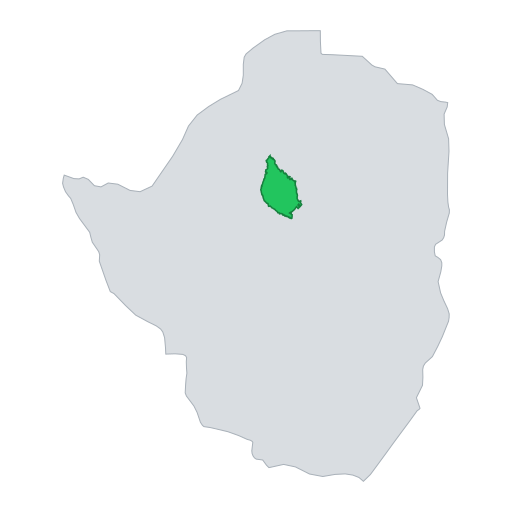 location of Sanyati, Mashonaland West, Zimbabwe
{"feature_id": "62879985B67434637878842", "entity_name": "Sanyati", "entity_type": "district", "adm_level": 2, "iso_a3": "ZWE", "parent_name": "Zimbabwe", "parent_adm1": "Mashonaland West", "projection": "equal_earth", "projection_center": [29.641, -17.974], "detail": "fine", "context": "in_parent", "style": "filled", "palette": "green", "viewbox_px": 512, "rotation_deg": 0, "n_neighbors": 0, "source": "geoboundaries", "source_scale": "gbopen_adm2", "svg_char_len": 7309}
<svg xmlns="http://www.w3.org/2000/svg" viewBox="0 0 512 512"><path d="M363.4,481.3L359.0,477.5L352.9,475.1L345.2,473.9L335.1,474.4L322.8,476.5L309.5,474.0L295.4,466.9L283.6,464.4L269.6,467.5L268.9,467.6L266.5,465.2L262.7,460.0L256.2,459.1L254.5,457.9L253.1,456.0L252.1,453.5L251.8,450.8L252.8,442.3L252.2,441.4L250.5,440.3L247.0,439.3L238.5,435.5L227.9,431.7L210.6,427.6L203.9,426.6L202.4,425.3L200.4,422.2L197.1,412.4L193.9,406.0L186.4,396.0L185.2,392.9L185.6,385.0L186.1,378.6L186.9,373.2L186.5,368.1L186.3,361.8L186.6,357.5L185.5,355.7L182.8,354.4L175.1,353.8L165.8,354.1L165.5,347.7L164.6,337.7L162.8,332.0L160.6,329.0L156.3,325.9L147.6,321.6L135.8,315.2L125.6,305.6L114.0,293.6L110.3,291.6L106.0,280.4L99.3,261.2L99.7,254.8L98.7,251.6L92.3,242.2L90.9,237.3L89.7,232.3L79.5,218.5L76.0,212.4L73.3,204.6L70.7,198.4L68.5,195.9L65.5,191.7L63.5,186.9L62.6,183.3L63.3,178.4L64.2,175.1L73.9,178.6L79.1,178.9L83.2,177.2L88.3,179.4L94.4,185.7L101.0,186.9L108.2,183.0L117.8,184.2L130.0,190.4L140.1,191.7L152.1,186.1L162.7,170.7L172.7,156.2L182.5,139.5L188.5,126.0L197.2,115.0L208.7,106.5L220.5,99.3L238.5,90.5L242.1,83.3L243.3,75.3L243.3,64.3L244.2,57.2L246.1,53.9L249.1,51.4L253.0,48.1L264.8,39.7L274.8,34.3L287.0,30.8L300.2,30.8L313.1,30.7L320.3,30.7L320.4,41.3L321.0,53.3L322.4,54.4L332.0,54.7L347.5,55.5L362.3,56.3L371.8,65.0L375.0,66.8L384.9,69.1L397.4,83.6L412.6,84.9L423.0,89.4L432.2,94.4L437.4,100.3L440.8,101.6L445.5,102.1L447.7,102.6L447.2,106.9L444.1,114.1L444.4,124.5L448.6,138.8L449.0,151.3L447.6,173.2L447.5,194.5L447.9,202.1L448.6,207.1L449.4,209.8L449.3,213.0L446.7,221.9L444.6,231.2L444.5,235.0L443.7,237.6L442.2,240.0L435.6,244.3L434.4,246.9L434.4,251.8L435.2,255.8L437.7,257.3L440.6,259.6L441.8,262.7L441.8,265.9L440.8,271.8L438.1,281.6L440.6,292.9L443.6,300.2L447.6,308.7L449.2,313.9L449.1,317.7L448.5,321.3L442.3,336.7L437.8,346.3L432.4,356.6L425.3,363.0L423.4,366.1L422.7,369.6L422.9,377.3L422.5,385.3L416.4,397.7L420.0,408.3L419.2,409.3L417.1,410.8L408.4,422.8L399.5,434.8L393.0,443.6L385.7,453.7L377.5,464.9L370.4,474.5L363.4,481.3Z" fill="#d9dde1" stroke="#a8b0b8" stroke-width="1"/><path d="M295.6,181.1L294.9,180.9L294.6,180.9L294.5,181.1L294.0,181.0L293.0,180.1L292.7,180.0L292.3,179.8L292.2,179.6L292.1,179.3L292.2,179.0L292.1,178.8L292.0,178.3L291.9,178.2L291.5,178.6L291.1,179.2L290.5,179.4L290.2,179.5L289.8,179.5L289.7,179.2L289.8,178.8L290.0,178.4L290.0,178.2L289.9,178.1L289.7,177.7L289.7,177.4L290.0,176.7L289.8,176.6L289.6,176.8L289.2,176.8L289.1,176.7L288.8,176.5L288.6,176.8L288.3,177.8L288.0,178.1L287.4,177.4L287.4,176.3L287.1,175.2L286.9,174.9L286.5,174.6L286.3,174.4L286.3,173.9L286.2,173.8L285.7,173.5L285.5,173.1L285.4,173.1L285.2,173.2L285.1,173.6L285.0,173.8L284.4,173.6L284.0,173.4L283.9,173.0L283.7,172.5L283.5,172.3L283.5,172.1L283.1,171.4L283.0,171.1L282.9,170.7L282.5,170.6L282.3,170.6L282.1,170.5L282.0,170.3L281.9,170.1L281.7,170.1L281.5,170.3L281.3,171.0L281.0,171.7L280.9,171.8L280.5,171.4L280.4,170.9L279.9,170.7L279.9,170.4L279.8,170.1L279.7,169.9L279.6,169.7L279.1,169.2L278.4,169.2L278.2,168.7L277.9,168.5L277.8,168.2L277.7,167.9L277.8,167.5L277.6,167.1L277.4,166.9L276.9,166.9L276.7,166.8L276.6,166.6L276.5,166.4L276.8,165.9L276.8,165.7L276.7,165.4L276.4,165.3L276.3,164.9L276.2,164.8L275.5,164.8L275.4,164.6L275.2,164.0L274.8,163.6L274.7,163.0L274.9,162.6L274.8,162.0L274.8,161.9L274.8,161.7L275.0,161.4L275.1,161.2L274.8,160.6L274.4,160.0L274.1,159.7L273.8,159.6L273.4,159.6L273.1,159.4L273.1,159.0L273.4,158.8L273.4,158.7L273.2,158.4L272.9,158.2L272.6,158.5L272.3,158.6L272.0,158.5L272.0,158.3L272.1,158.1L271.9,157.9L271.7,157.7L271.6,157.9L271.1,157.5L270.8,157.7L270.7,157.5L270.6,157.4L270.7,157.2L270.5,156.9L270.3,156.4L270.0,155.9L270.0,155.7L269.7,156.0L269.4,156.4L268.9,156.7L268.9,156.9L269.0,157.3L268.9,157.6L267.8,158.9L267.2,160.0L266.7,160.1L266.3,160.4L266.2,160.6L266.3,161.0L266.6,162.1L266.9,162.1L267.0,162.1L267.2,162.4L267.4,162.9L267.7,163.3L267.5,163.9L267.6,164.8L267.5,165.1L267.8,165.4L267.9,165.6L267.9,165.9L267.8,166.1L267.3,166.5L267.4,167.2L267.5,167.5L267.8,167.9L267.8,168.1L267.2,169.1L266.9,169.3L265.8,169.9L265.7,170.1L265.9,171.0L265.5,171.5L265.6,172.1L265.9,172.5L266.1,172.5L266.5,172.3L266.9,172.5L267.0,172.9L266.9,173.2L266.7,173.6L266.5,173.8L266.4,173.9L265.6,174.0L265.4,174.1L265.1,174.6L265.1,175.3L264.7,178.3L264.6,178.5L263.9,179.0L263.8,179.3L263.9,179.6L263.9,180.1L263.7,180.6L263.5,180.8L263.4,181.3L263.1,181.8L262.9,182.2L262.9,182.4L262.8,182.9L262.5,184.1L262.1,184.8L261.6,185.5L261.7,185.8L262.0,186.0L261.9,186.5L261.7,186.5L261.2,187.0L261.2,187.3L261.3,187.6L261.4,188.4L261.0,188.8L260.8,189.4L260.8,189.9L260.9,190.3L261.2,190.9L261.2,191.6L261.4,192.5L261.7,193.5L261.7,193.9L261.9,194.3L261.9,194.8L262.1,195.0L262.5,195.1L262.7,195.3L262.8,195.6L262.8,196.2L263.2,196.8L263.2,197.1L263.1,197.3L263.1,197.5L263.5,198.7L263.7,199.0L263.9,199.6L264.0,199.9L264.1,200.2L264.1,200.5L264.3,200.8L264.8,201.1L265.1,201.5L265.3,201.5L265.7,202.0L266.5,203.0L266.8,203.2L267.5,203.3L267.9,203.4L268.0,203.5L267.9,204.0L268.3,204.9L268.5,206.2L268.6,206.3L268.8,206.4L269.4,206.3L269.8,206.1L270.2,206.0L270.8,206.7L271.2,206.9L271.7,207.5L271.8,207.8L272.6,208.0L273.3,208.6L273.6,208.8L273.8,208.9L274.1,208.9L274.6,209.3L274.8,209.3L275.0,209.5L275.5,210.3L277.2,211.5L277.4,211.8L277.6,212.5L277.9,212.8L278.2,212.7L278.4,212.8L278.9,212.6L279.1,212.7L279.3,212.9L279.4,213.6L279.6,213.6L279.8,213.9L280.1,213.7L280.3,213.7L280.5,213.5L280.8,213.5L281.1,213.5L281.4,213.7L281.7,213.7L281.8,213.7L281.9,213.8L282.3,213.9L282.3,214.0L282.4,214.3L282.5,214.4L282.5,214.7L282.6,214.8L282.8,214.5L283.3,214.5L283.6,214.6L283.6,215.2L284.3,215.2L284.4,215.3L284.6,215.3L284.6,215.8L284.9,216.1L285.0,216.1L285.0,215.8L285.9,215.8L286.0,215.9L286.0,216.1L286.1,216.3L286.3,216.5L286.5,216.4L286.7,216.2L287.0,216.2L287.1,216.3L287.3,216.4L287.4,216.5L288.5,216.8L288.6,217.0L288.5,217.3L288.8,217.4L288.9,217.2L289.1,217.2L289.3,217.7L289.6,217.6L289.8,218.0L290.0,218.2L290.3,218.2L290.4,217.9L290.5,218.0L291.1,218.3L291.2,218.5L291.4,218.5L291.5,218.3L291.9,218.2L291.9,217.4L292.1,217.0L292.1,216.7L292.1,215.1L292.2,214.8L289.5,213.0L289.8,212.7L290.0,212.6L290.4,212.5L290.5,212.5L290.7,212.3L290.9,212.3L291.0,212.4L291.1,212.2L291.2,212.3L291.2,212.2L291.4,212.2L292.3,211.4L294.6,209.4L295.7,207.7L296.5,206.7L298.1,208.5L299.5,207.1L298.0,205.0L298.8,204.0L300.4,206.2L301.7,204.6L300.2,202.1L300.3,201.9L300.8,201.4L300.7,200.8L300.4,200.9L298.8,201.4L298.5,201.3L298.3,200.9L298.0,200.1L297.8,200.1L297.7,200.0L297.6,199.5L297.3,198.9L297.1,198.5L297.1,198.0L297.2,197.6L297.1,197.3L297.2,196.9L297.1,196.5L297.4,195.9L297.4,195.7L297.4,195.2L297.3,194.8L297.1,194.6L297.2,194.2L297.0,193.7L296.8,193.6L296.8,193.4L296.6,193.2L296.7,192.9L296.6,192.7L296.4,192.3L296.5,191.8L296.5,191.6L296.5,191.3L296.4,191.1L296.4,190.8L296.4,190.5L296.4,190.4L296.5,190.4L296.7,190.0L296.8,189.3L296.7,189.1L296.5,188.9L296.4,188.9L296.4,189.1L296.2,188.8L296.2,188.5L296.4,188.2L296.0,188.0L296.0,187.8L295.7,186.1L295.6,185.8L295.3,185.5L295.2,185.4L295.2,185.0L295.3,184.7L295.3,184.2L295.1,183.8L295.3,183.4L295.2,183.1L295.3,182.8L295.2,182.7L295.0,182.3L295.1,182.2L295.4,181.9L295.5,181.9L295.7,181.5L295.6,181.3L295.6,181.1Z" fill="#22c55e" stroke="#15803d" stroke-width="1.5"/></svg>